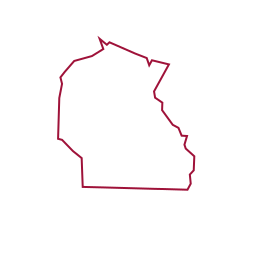 Jackson, Georgia, United States of America, rotated 227°
{"feature_id": "52423323B52261758967223", "entity_name": "Jackson", "entity_type": "district", "adm_level": 2, "iso_a3": "USA", "parent_name": "United States of America", "parent_adm1": "Georgia", "projection": "robinson", "projection_center": [-83.574, 34.131], "detail": "fine", "context": "isolated", "style": "outline", "palette": "rose", "viewbox_px": 256, "rotation_deg": 227, "n_neighbors": 0, "source": "geoboundaries", "source_scale": "gbopen_adm2", "svg_char_len": 623}
<svg xmlns="http://www.w3.org/2000/svg" viewBox="0 0 256 256"><g transform="rotate(227 128 128)"><path d="M115.8,54.7L101.2,69.6L87.5,83.5L65.4,105.9L58.8,112.7L42.3,129.4L44.5,135.9L51.8,141.5L52.2,147.2L62.1,157.2L73.6,156.2L77.3,157.9L81.9,165.7L85.8,162.0L93.7,165.0L99.8,162.9L117.8,165.1L123.1,170.4L131.7,168.5L137.0,172.0L146.6,201.3L161.2,191.7L159.4,186.3L166.4,189.4L177.6,184.0L203.3,172.9L203.3,169.3L212.6,168.1L202.6,163.8L205.2,150.7L213.7,134.4L212.2,120.1L211.1,113.1L205.3,109.9L196.8,98.2L167.8,69.5L164.3,71.7L148.6,72.0L137.6,73.6L115.8,54.7Z" fill="none" stroke="#9f1239" stroke-width="2"/></g></svg>